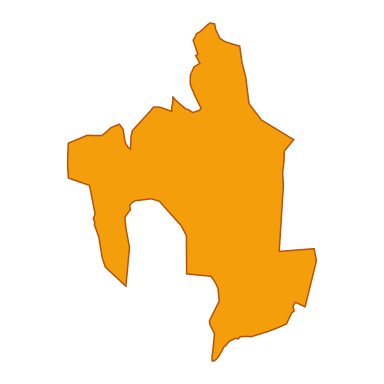 outline of Shagari, Sokoto, Nigeria
{"feature_id": "59680162B23595872951211", "entity_name": "Shagari", "entity_type": "district", "adm_level": 2, "iso_a3": "NGA", "parent_name": "Nigeria", "parent_adm1": "Sokoto", "projection": "equal_earth", "projection_center": [5.089, 12.543], "detail": "fine", "context": "isolated", "style": "filled", "palette": "amber", "viewbox_px": 384, "rotation_deg": 0, "n_neighbors": 0, "source": "geoboundaries", "source_scale": "gbopen_adm2", "svg_char_len": 1672}
<svg xmlns="http://www.w3.org/2000/svg" viewBox="0 0 384 384"><path d="M286.4,323.9L291.8,312.8L294.1,311.1L293.0,306.0L295.4,302.3L305.1,306.8L316.4,260.9L314.1,248.7L279.2,251.4L283.4,185.0L282.6,172.9L284.0,161.0L284.1,157.1L284.3,151.1L293.7,139.7L261.5,120.1L249.0,103.7L246.3,82.0L245.8,77.5L242.0,62.6L239.7,46.0L234.5,44.7L225.1,41.7L219.9,38.5L218.6,35.7L215.5,29.0L214.7,23.9L210.2,23.0L208.6,24.0L207.5,24.9L204.7,27.5L201.7,30.3L199.1,32.4L197.6,32.9L196.2,34.3L195.5,36.1L195.2,37.0L194.4,38.1L193.1,40.1L197.9,54.4L195.6,55.5L199.9,63.3L194.0,66.9L190.4,75.0L190.2,82.8L190.6,85.7L195.0,95.9L201.1,108.4L199.3,110.4L192.7,112.6L189.2,110.1L185.1,108.5L179.5,103.6L175.2,99.7L172.6,96.5L173.1,99.3L172.7,102.9L171.8,107.0L171.7,111.3L159.6,107.1L153.6,107.1L149.8,111.6L132.4,130.6L131.0,136.9L130.7,144.2L130.5,149.1L128.0,147.3L125.2,142.5L123.1,129.3L119.4,124.2L111.0,127.6L105.9,132.3L101.8,135.6L86.9,135.4L68.3,143.2L67.8,154.8L67.6,166.1L68.4,178.1L89.5,185.4L95.1,213.9L93.3,218.9L94.8,222.0L94.3,224.5L98.7,236.6L102.3,258.1L105.4,267.2L125.9,286.2L129.5,247.6L125.8,227.4L124.9,217.2L129.1,211.3L130.4,209.8L129.6,205.7L131.3,203.3L134.9,200.8L151.3,198.8L159.4,201.3L181.2,225.7L186.4,235.6L186.6,273.9L211.1,276.3L215.3,282.5L218.0,288.4L219.2,301.1L209.4,320.9L210.0,324.7L214.5,333.8L212.6,353.5L212.1,354.9L212.1,357.4L212.1,360.9L214.0,361.0L216.7,358.9L217.6,357.7L218.9,356.0L222.0,350.5L222.4,349.8L223.6,347.3L226.0,345.3L226.8,344.2L227.6,343.1L229.8,341.0L235.3,338.3L238.0,338.9L239.6,337.4L240.3,336.8L243.6,336.5L248.9,336.5L250.9,336.8L269.5,331.0L280.4,326.6L286.4,323.9Z" fill="#f59e0b" stroke="#b45309" stroke-width="1.5"/></svg>